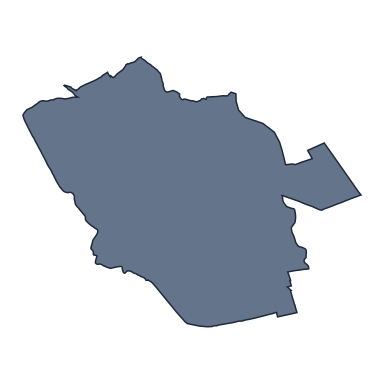 Magureni, Prahova, Romania
{"feature_id": "2599482B49978352141893", "entity_name": "Magureni", "entity_type": "district", "adm_level": 2, "iso_a3": "ROU", "parent_name": "Romania", "parent_adm1": "Prahova", "projection": "robinson", "projection_center": [25.724, 45.056], "detail": "fine", "context": "isolated", "style": "filled", "palette": "slate", "viewbox_px": 384, "rotation_deg": 0, "n_neighbors": 0, "source": "geoboundaries", "source_scale": "gbopen_adm2", "svg_char_len": 5785}
<svg xmlns="http://www.w3.org/2000/svg" viewBox="0 0 384 384"><path d="M232.7,322.6L235.6,322.0L238.3,321.2L242.8,321.0L243.9,320.4L245.0,320.1L250.4,319.1L255.9,317.8L266.2,315.2L268.2,314.6L272.8,313.5L276.5,312.4L277.6,316.9L297.0,312.6L295.1,306.5L295.2,306.1L294.6,304.3L294.4,304.2L294.2,303.6L293.8,301.8L292.3,297.3L290.5,290.6L291.1,290.4L287.3,287.0L291.3,285.9L290.1,281.4L289.8,280.8L290.6,280.6L290.4,279.7L288.8,274.8L287.7,272.0L294.9,270.6L299.3,270.1L302.3,269.6L308.7,268.9L308.7,267.9L308.6,266.8L308.3,266.0L306.6,264.2L305.3,263.4L304.8,262.7L304.3,262.0L304.1,260.8L304.1,260.4L304.3,259.8L304.7,258.9L305.2,258.4L305.8,257.9L306.1,257.2L306.1,256.3L306.0,255.1L306.3,253.5L306.3,250.8L306.1,250.0L305.5,249.1L304.7,248.6L303.6,248.0L301.8,247.3L299.5,246.7L298.5,246.2L297.6,245.4L296.9,244.2L296.2,243.2L295.8,242.6L294.3,237.5L293.9,236.4L291.9,232.0L291.7,230.6L291.3,229.0L291.3,228.4L291.4,227.7L291.9,226.7L292.7,225.6L294.7,223.0L295.0,222.3L295.3,220.4L295.5,218.8L295.6,217.7L295.5,214.8L295.3,213.4L295.0,211.7L294.9,210.7L294.6,210.0L294.4,209.4L294.0,209.0L293.6,208.7L291.0,208.2L287.2,206.8L286.4,206.3L285.6,205.3L283.6,202.5L283.2,201.5L282.9,200.7L282.8,200.2L282.6,197.6L282.0,195.5L283.4,195.9L285.7,196.7L300.0,201.7L301.3,202.4L304.9,203.9L310.5,205.9L312.9,206.7L313.9,207.3L320.2,210.0L321.5,210.1L322.3,210.0L322.7,209.8L323.0,209.4L323.7,209.1L329.4,207.1L336.7,204.2L341.9,202.3L351.9,198.3L361.0,195.0L358.8,192.3L356.0,188.3L342.3,168.7L324.2,143.0L307.7,150.4L308.8,152.5L309.5,153.6L312.2,158.7L302.2,162.0L296.1,164.3L294.9,164.5L292.2,164.0L285.6,164.7L282.2,150.8L279.5,142.0L274.3,132.2L262.8,123.4L245.3,117.5L238.6,110.1L236.1,101.3L235.9,93.8L231.0,92.2L229.4,93.8L227.8,95.8L224.4,95.9L223.9,95.7L221.5,95.9L216.1,96.6L210.2,96.8L208.7,97.1L208.2,96.9L207.3,97.0L207.0,97.1L206.5,97.9L206.3,98.8L206.0,99.4L205.5,99.3L204.4,98.7L203.7,98.4L202.6,98.7L202.0,98.8L201.6,98.9L201.0,99.6L200.5,100.4L199.7,100.6L197.3,101.6L196.5,101.8L192.9,100.8L191.8,100.7L190.1,100.6L188.7,100.1L187.2,99.6L186.1,99.4L184.9,99.1L184.1,99.0L183.6,99.2L183.4,99.5L183.0,99.6L182.3,99.7L181.2,99.0L179.5,96.7L179.5,95.9L179.6,94.3L179.6,94.1L177.2,92.2L173.5,90.6L172.9,90.5L172.6,90.5L171.9,90.8L168.5,91.8L166.8,92.1L165.8,91.5L164.9,90.7L164.5,90.2L163.9,88.0L163.4,86.8L163.2,86.5L163.2,84.2L163.1,83.8L162.6,82.0L162.1,81.1L161.9,80.1L161.5,77.9L160.6,74.4L160.1,73.3L158.4,71.6L157.1,69.9L156.7,69.6L155.3,68.7L153.7,67.2L152.1,66.2L150.7,64.8L147.6,62.9L146.8,62.3L145.0,60.5L144.1,59.9L141.7,58.5L141.3,58.0L141.2,57.6L141.3,57.2L139.9,57.5L138.5,58.1L135.7,60.9L134.3,61.9L133.2,62.4L131.5,62.8L128.6,63.8L128.0,63.9L127.5,63.7L126.8,64.4L126.0,64.7L125.9,64.9L125.9,65.2L125.3,66.3L124.2,67.8L123.7,68.6L122.5,69.9L116.9,74.1L114.9,76.5L114.2,76.8L113.8,77.3L113.4,77.5L113.0,77.5L112.5,77.3L111.8,76.6L110.7,75.7L110.3,75.7L110.1,75.8L110.1,76.4L108.4,74.2L107.7,72.7L107.6,72.3L102.1,75.7L102.1,75.9L102.0,76.1L101.4,76.8L101.2,77.0L99.6,77.7L97.3,79.1L94.7,80.5L85.2,84.6L80.9,86.8L80.1,87.3L79.1,88.3L78.7,88.5L78.4,88.9L77.7,89.6L77.4,89.7L76.2,89.9L75.8,90.3L75.8,90.6L72.1,88.4L71.4,87.8L71.0,87.1L67.9,86.1L67.3,86.0L65.8,85.4L64.4,85.2L64.0,85.5L65.2,86.7L66.3,87.1L66.9,87.6L67.5,88.6L68.3,89.5L69.5,90.1L70.9,91.2L72.4,92.1L74.6,94.6L75.0,95.3L75.4,95.8L77.7,97.1L72.4,97.3L68.8,98.3L66.6,98.7L64.7,98.9L62.0,98.4L60.7,98.3L57.1,98.3L56.2,98.6L55.2,99.0L54.7,99.1L53.1,99.9L51.0,100.0L49.6,100.3L47.8,101.0L47.0,101.2L44.7,101.0L43.5,100.7L42.9,100.7L41.5,100.9L39.3,101.8L38.7,102.3L37.8,103.3L37.0,103.8L34.7,105.3L32.2,107.2L27.1,109.6L25.9,110.8L24.3,112.8L23.7,113.7L23.1,115.0L23.0,115.6L23.8,118.1L24.2,119.5L25.5,122.3L32.8,136.7L34.0,138.3L34.8,140.2L36.5,143.3L37.2,144.6L38.2,146.5L38.7,147.6L40.7,151.0L41.8,153.4L43.1,155.8L43.7,156.7L44.6,158.7L45.2,159.8L46.9,163.5L47.8,165.2L49.3,167.7L50.0,168.6L50.7,169.8L51.5,171.2L52.0,172.5L53.8,175.8L54.4,177.2L54.7,177.7L54.9,178.2L55.4,178.9L56.2,180.8L57.5,183.1L59.4,186.2L59.9,187.0L62.0,189.5L62.8,190.4L63.9,191.4L64.8,191.9L65.8,192.2L67.3,192.6L68.5,192.6L69.3,192.3L70.6,192.4L71.2,192.5L72.3,193.2L73.3,194.1L73.6,194.5L73.7,194.8L74.1,195.5L74.4,196.2L74.4,196.8L74.3,197.8L74.3,198.9L74.5,200.0L75.0,201.8L75.1,203.3L75.8,204.8L76.9,206.4L77.4,206.9L78.3,207.8L79.8,209.8L84.9,215.8L85.3,216.8L85.5,217.2L85.5,217.5L85.3,218.0L85.4,219.2L85.8,220.3L86.1,220.8L87.4,222.2L89.8,224.4L91.4,225.7L93.1,226.7L94.4,227.8L96.8,229.2L97.3,229.8L97.7,230.5L97.8,230.7L97.8,231.7L97.7,232.1L97.2,233.7L96.2,235.4L93.8,238.8L93.3,239.5L92.8,240.7L92.4,242.1L92.4,242.7L92.3,242.9L91.8,244.7L91.3,246.3L90.9,248.0L91.0,248.8L91.3,249.2L92.6,250.5L92.9,251.0L93.2,251.7L93.4,252.7L93.5,253.0L93.3,253.5L93.3,254.2L93.7,254.9L94.0,255.0L94.7,255.3L95.5,255.3L96.2,255.4L96.6,255.6L96.9,256.1L96.4,258.1L96.0,259.2L95.8,260.1L95.4,261.9L95.4,262.4L95.5,262.9L95.8,263.3L96.3,263.8L96.9,264.1L97.6,264.3L99.8,264.0L101.0,264.3L101.6,264.5L103.6,265.8L104.3,266.0L104.8,266.3L107.7,267.5L110.2,268.3L111.2,268.1L113.5,267.7L115.3,267.2L118.0,266.7L120.7,266.4L121.9,266.6L122.2,267.1L122.3,269.0L122.4,269.7L123.0,270.8L123.0,271.3L123.2,272.1L123.3,272.4L123.9,272.9L124.3,273.1L124.9,273.1L125.4,272.7L126.6,271.4L127.3,271.0L128.1,270.8L128.7,270.9L129.3,270.9L130.1,271.1L131.4,271.6L134.1,273.2L136.2,273.8L137.2,274.6L137.6,274.9L139.5,275.5L140.1,276.0L140.7,276.4L143.6,277.5L144.0,277.7L145.4,279.1L146.0,280.3L146.3,280.3L148.3,280.2L148.7,280.3L149.2,280.6L149.7,281.1L150.7,281.5L152.5,283.1L153.8,284.4L176.5,312.1L185.3,322.0L187.4,323.6L199.5,326.1L207.8,326.8L209.2,326.7L209.8,326.6L211.8,326.6L212.9,326.1L213.9,326.0L214.4,325.8L215.1,325.7L216.9,325.8L217.9,325.2L218.3,325.1L232.7,322.6Z" fill="#64748b" stroke="#1e293b" stroke-width="1.5"/></svg>